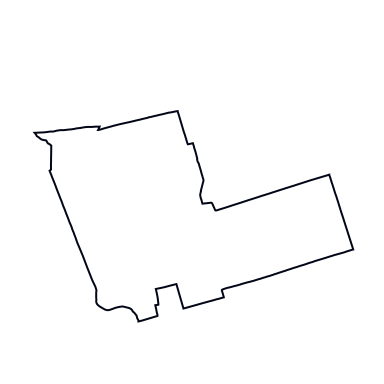 the district of Gangiova, Dolj, Romania, rotated 156°
{"feature_id": "2599482B23662584271310", "entity_name": "Gangiova", "entity_type": "district", "adm_level": 2, "iso_a3": "ROU", "parent_name": "Romania", "parent_adm1": "Dolj", "projection": "mercator", "projection_center": [23.836, 43.895], "detail": "fine", "context": "isolated", "style": "outline", "palette": "ink", "viewbox_px": 384, "rotation_deg": 156, "n_neighbors": 0, "source": "geoboundaries", "source_scale": "gbopen_adm2", "svg_char_len": 5881}
<svg xmlns="http://www.w3.org/2000/svg" viewBox="0 0 384 384"><g transform="rotate(156 192 192)"><path d="M311.7,310.1L311.1,308.0L311.1,307.9L311.1,307.2L311.1,306.4L311.0,306.1L310.5,305.3L310.0,304.6L309.6,303.9L309.3,303.4L309.3,303.1L308.9,302.4L308.6,301.9L308.2,301.4L307.6,300.7L307.2,300.4L306.9,300.2L306.2,299.6L305.9,299.5L305.3,299.1L304.5,298.7L304.4,298.5L304.3,298.3L304.2,298.2L304.2,297.9L304.2,297.7L304.0,296.4L304.0,296.1L304.0,295.5L303.9,295.3L303.9,295.2L303.8,294.9L303.7,294.8L303.5,294.7L303.1,294.1L302.8,293.7L302.6,293.5L302.1,292.4L302.0,292.2L301.7,291.7L301.8,291.5L301.9,291.2L303.6,287.5L304.9,284.7L305.8,282.7L307.2,279.8L308.5,276.8L309.0,275.9L309.9,273.9L310.3,273.1L310.7,272.1L311.5,270.3L311.7,269.8L312.5,269.6L313.5,269.3L313.5,268.4L313.6,265.6L313.6,264.7L313.7,263.7L313.9,259.7L313.9,257.9L314.0,257.0L314.0,256.0L314.2,252.2L314.4,249.4L314.5,247.3L314.9,238.5L314.9,237.3L315.3,231.8L315.4,228.2L315.7,222.9L315.9,218.3L316.2,213.9L316.2,211.6L316.2,209.8L316.6,205.8L316.6,203.2L316.8,201.1L317.0,196.8L317.4,192.8L317.7,178.2L318.4,166.1L319.0,152.1L318.8,144.9L319.2,141.2L319.8,140.2L320.1,139.7L320.7,138.5L321.2,137.3L321.8,136.1L322.3,134.9L322.8,133.6L323.2,132.4L323.3,132.2L323.8,131.5L324.1,130.8L324.4,129.0L324.3,128.4L324.1,127.4L323.1,125.4L322.5,124.4L319.4,120.1L318.6,119.4L317.5,118.5L316.1,118.0L314.6,117.7L313.0,117.6L310.6,117.4L309.9,117.4L309.3,117.4L308.4,117.2L306.5,116.9L304.0,116.3L301.8,115.6L300.5,114.6L298.6,113.1L296.4,111.4L295.2,109.7L294.8,108.6L294.6,106.7L294.3,106.2L294.0,105.5L293.6,104.4L292.9,101.5L293.0,101.2L293.4,98.9L293.4,98.6L293.2,97.6L293.2,97.1L293.2,96.8L293.4,96.1L293.6,95.5L290.3,94.9L280.1,93.6L275.4,93.0L274.0,92.8L273.9,93.0L273.7,93.3L273.4,94.5L273.2,96.0L272.1,100.7L271.6,103.5L268.6,102.7L268.4,103.0L266.4,109.2L266.1,110.6L265.7,112.2L265.3,114.1L264.5,118.1L259.4,117.0L257.0,116.5L255.5,116.2L254.1,116.0L252.4,115.7L249.7,115.3L247.0,114.8L244.5,114.4L243.7,114.2L244.5,108.6L245.3,102.9L247.2,89.0L230.2,86.5L228.6,86.3L226.7,86.0L224.8,85.7L222.8,85.4L219.6,84.9L217.2,84.5L213.3,84.0L210.7,83.5L206.2,82.9L205.8,82.8L205.7,83.2L205.3,85.9L204.8,89.7L204.7,90.2L204.5,90.4L204.3,90.5L203.6,90.5L202.1,90.4L200.8,90.3L198.4,90.0L197.2,89.7L196.0,89.5L194.8,89.3L193.4,89.1L190.8,88.7L189.4,88.4L187.7,88.2L185.9,87.9L184.2,87.8L178.9,87.0L177.5,86.8L175.5,86.4L171.6,85.8L167.1,85.3L164.5,84.9L161.1,84.6L160.2,84.4L159.0,84.3L158.0,84.2L156.6,84.0L155.4,83.8L152.3,83.5L152.0,83.4L151.3,83.4L149.8,83.3L147.6,83.0L145.9,82.9L143.3,82.6L140.4,82.3L139.1,82.1L138.4,82.1L137.1,82.0L135.4,81.8L134.0,81.7L132.8,81.5L131.1,81.4L129.3,81.2L128.1,81.0L126.2,80.8L123.0,80.5L120.2,80.1L116.5,79.7L115.4,79.7L111.9,79.3L111.0,79.1L109.9,79.0L109.0,79.0L107.0,78.8L101.7,78.1L99.1,77.8L96.9,77.5L94.8,77.3L91.4,76.9L89.9,76.7L87.8,76.5L81.9,75.6L79.1,75.2L78.6,75.1L76.8,74.9L75.2,74.8L73.3,74.6L71.8,74.4L68.6,74.0L68.1,73.9L64.3,108.5L64.2,109.3L64.0,111.8L62.5,124.4L62.3,126.4L62.0,128.6L61.8,131.6L61.6,133.6L61.3,136.4L61.2,137.0L61.0,138.7L60.6,142.6L60.5,143.8L60.2,146.2L59.8,149.8L59.7,151.8L59.6,152.0L64.5,152.6L75.2,154.0L75.5,154.0L78.2,154.4L87.5,155.4L93.9,156.1L97.0,156.4L98.5,156.6L103.7,157.2L111.8,158.1L117.5,158.7L118.2,158.8L121.5,159.1L129.1,160.0L131.8,160.3L134.1,160.5L135.8,160.7L137.6,160.9L139.4,161.1L143.9,161.6L150.9,162.3L152.6,162.5L155.5,162.8L161.6,163.5L162.0,163.5L162.9,163.6L164.0,163.7L169.4,164.3L173.5,164.8L174.4,164.9L176.2,165.1L177.5,165.3L177.9,165.5L178.1,165.7L178.2,165.9L178.2,166.1L178.2,166.4L178.2,168.1L178.2,169.0L178.2,170.7L178.2,172.4L178.2,173.2L178.2,173.4L178.3,173.6L178.4,173.9L178.5,174.1L179.0,174.5L179.3,174.6L182.9,175.7L184.1,176.1L187.2,177.1L187.0,178.4L186.9,179.2L186.6,180.9L186.5,181.6L186.5,181.9L186.6,182.1L186.4,183.3L186.2,184.1L185.9,185.6L185.7,185.9L185.6,186.2L185.3,186.7L184.6,187.6L183.8,188.7L183.5,189.0L183.4,189.5L183.2,189.7L183.2,189.8L183.0,190.1L182.9,190.2L182.6,190.5L182.3,190.9L181.7,191.6L181.1,192.4L180.5,193.1L180.0,193.8L179.4,194.5L178.4,195.8L177.8,196.5L177.1,197.4L176.8,197.9L176.6,198.4L176.6,198.6L176.4,199.4L176.4,200.2L176.2,201.6L176.0,202.4L176.0,203.0L175.8,204.4L175.6,206.0L175.3,207.5L175.2,208.3L174.7,212.1L174.6,212.9L174.5,213.7L174.4,214.4L174.2,215.8L174.4,216.5L174.5,216.9L174.5,217.2L174.4,218.1L174.3,218.6L174.1,219.1L174.1,219.3L174.1,219.6L174.0,219.8L173.9,220.2L173.8,220.3L173.6,220.5L173.5,220.8L173.3,222.4L173.3,222.5L173.1,223.4L172.9,224.7L172.7,226.0L172.5,226.9L172.3,228.8L172.3,229.2L172.2,230.1L172.0,231.5L171.7,233.0L171.6,233.7L171.5,235.1L171.3,236.2L176.3,237.2L176.4,237.3L176.4,237.9L176.4,238.1L176.3,239.2L175.9,242.2L175.6,244.7L175.3,246.7L175.3,246.9L175.2,248.1L175.1,249.2L175.0,250.3L174.7,252.7L174.4,255.1L174.2,256.3L173.9,258.8L173.1,264.8L172.5,269.6L172.4,270.8L172.3,271.5L172.2,271.7L173.1,272.0L174.7,272.4L178.4,273.2L180.3,273.7L180.8,273.8L181.0,273.9L181.1,274.0L181.9,274.1L183.6,274.4L187.1,275.0L190.4,275.7L193.7,276.3L195.2,276.6L196.7,276.9L199.6,277.4L200.0,277.5L200.8,277.8L201.8,277.9L202.1,277.8L205.2,278.4L206.7,278.7L209.7,279.2L212.6,279.8L217.5,280.7L220.2,281.2L222.6,281.7L223.0,281.8L223.9,282.0L231.5,283.5L233.9,283.9L237.2,284.5L238.3,284.6L239.5,284.8L246.6,285.9L250.0,286.3L252.4,286.7L252.6,286.8L252.2,287.1L250.5,288.7L250.2,288.9L249.8,289.3L251.1,289.8L252.7,290.6L254.5,291.3L256.9,292.1L258.2,292.7L261.2,294.0L261.9,294.3L262.7,294.5L263.5,294.8L265.9,295.4L267.0,295.7L267.4,295.8L267.8,295.8L268.2,296.0L270.8,296.8L271.6,297.1L271.9,297.1L272.9,297.3L273.8,297.5L276.7,298.3L280.2,299.5L283.2,300.4L285.3,301.2L285.7,301.5L287.6,302.2L289.7,302.8L290.9,303.1L292.4,303.3L294.2,303.7L294.9,303.9L296.0,304.5L296.7,304.8L297.7,305.1L298.8,305.4L300.9,306.0L302.0,306.4L302.5,306.5L311.7,310.1Z" fill="none" stroke="#020617" stroke-width="2"/></g></svg>